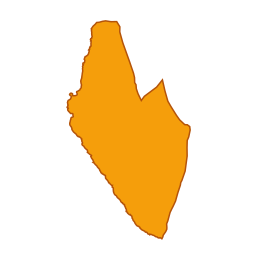 South Ambae, Penama, Vanuatu, rotated 101°
{"feature_id": "77236927B86395134968187", "entity_name": "South Ambae", "entity_type": "district", "adm_level": 2, "iso_a3": "VUT", "parent_name": "Vanuatu", "parent_adm1": "Penama", "projection": "mercator", "projection_center": [167.858, -15.42], "detail": "fine", "context": "isolated", "style": "filled", "palette": "amber", "viewbox_px": 256, "rotation_deg": 101, "n_neighbors": 0, "source": "geoboundaries", "source_scale": "gbopen_adm2", "svg_char_len": 5822}
<svg xmlns="http://www.w3.org/2000/svg" viewBox="0 0 256 256"><g transform="rotate(101 128 128)"><path d="M159.4,63.7L144.2,64.6L136.1,66.3L128.9,67.5L125.2,66.7L118.1,66.6L114.8,67.7L113.5,70.4L113.9,72.9L110.2,78.8L106.4,82.8L98.8,89.9L94.1,94.0L84.6,98.8L74.2,103.4L82.4,107.7L93.8,118.0L98.5,120.2L92.3,124.8L87.9,127.3L84.0,128.4L82.2,130.1L77.3,131.2L73.1,133.1L63.0,138.9L45.3,149.4L35.3,154.4L30.2,155.3L25.7,159.4L26.9,165.0L27.1,170.4L28.2,173.5L29.7,176.4L30.4,178.9L32.6,180.1L34.7,181.7L37.7,183.0L37.9,182.6L38.9,182.4L39.2,182.5L39.7,182.4L40.3,182.1L40.8,181.9L41.3,181.8L42.1,181.7L43.0,181.4L43.4,181.4L44.8,180.7L45.0,180.6L45.6,180.8L46.0,180.9L46.5,180.7L46.7,180.8L46.9,180.9L47.4,181.6L47.7,181.7L48.4,181.8L48.6,181.7L48.9,181.1L49.1,180.9L49.6,181.1L49.6,180.9L49.9,180.7L50.0,180.7L50.6,180.7L51.3,180.5L52.2,180.5L54.2,180.0L54.5,179.9L54.9,180.2L55.0,180.4L55.2,180.7L55.5,180.6L55.8,180.5L56.1,180.8L56.7,181.0L57.5,180.8L58.2,181.2L58.4,180.9L58.5,181.0L58.7,181.3L59.0,181.5L59.2,180.9L59.6,180.8L60.2,180.8L60.8,180.8L61.3,180.9L61.7,180.9L63.1,181.1L63.7,181.3L64.6,181.9L64.8,182.1L65.8,183.1L66.0,183.6L66.4,183.8L66.8,183.7L67.2,183.9L67.7,184.0L68.9,184.1L69.1,183.7L70.1,183.2L71.7,183.3L72.0,183.2L72.5,183.6L72.6,184.3L72.8,184.5L73.1,184.4L73.5,184.6L73.9,184.4L74.1,184.5L74.3,184.4L74.4,183.9L74.9,183.9L75.6,184.3L76.4,184.4L76.8,184.1L77.3,183.9L78.4,184.0L79.9,183.5L81.0,183.3L81.6,183.3L82.4,183.3L83.1,183.3L84.2,183.2L86.3,183.1L88.0,183.0L90.0,183.3L90.9,183.3L91.7,183.1L92.2,182.9L93.3,182.5L94.4,181.9L94.8,181.8L96.0,181.9L96.5,181.7L97.1,181.6L97.7,181.8L98.0,181.9L98.3,182.2L99.2,182.4L100.0,182.7L100.4,183.3L101.2,184.0L101.9,185.1L102.2,185.3L102.7,185.3L103.0,185.1L104.1,184.4L104.4,184.3L104.8,184.3L105.2,184.4L105.8,185.0L106.2,185.6L106.4,186.3L106.8,187.9L106.8,188.3L106.6,188.5L106.0,188.8L105.3,188.8L105.1,188.9L104.9,189.2L104.6,190.0L104.7,190.6L104.9,191.1L105.3,191.4L106.0,191.7L106.5,191.7L107.2,190.8L107.6,189.9L107.8,189.7L108.0,189.6L108.6,189.6L109.4,189.8L110.0,189.9L110.3,189.9L110.7,190.1L111.2,190.7L111.6,191.0L112.1,191.8L112.4,192.0L112.9,192.1L113.3,192.2L114.0,192.2L114.4,192.3L114.8,192.2L115.1,191.9L115.4,191.9L115.9,191.8L116.4,191.4L116.8,191.5L117.3,191.4L117.5,191.1L118.0,191.2L119.0,191.7L119.2,191.8L119.6,191.5L119.7,190.6L119.9,190.4L120.1,190.3L120.7,190.8L121.0,190.8L122.0,190.5L122.5,190.0L123.1,189.4L123.6,188.5L124.2,187.8L124.7,187.1L124.6,186.4L124.4,185.3L124.4,185.2L124.6,184.9L125.3,184.6L126.3,184.4L126.9,184.0L127.2,183.9L127.5,184.0L128.0,184.6L128.3,185.4L128.8,185.8L129.3,185.9L130.3,185.8L131.3,186.0L133.4,186.0L133.9,186.1L134.4,186.1L135.6,185.8L136.2,185.5L136.5,185.3L137.7,183.9L138.4,183.5L138.8,183.2L139.5,182.9L140.3,182.7L142.2,180.8L142.5,180.3L143.2,179.1L143.9,177.8L144.4,177.3L144.9,176.9L145.5,176.2L146.0,175.2L146.0,174.8L145.7,174.6L145.9,174.2L146.1,173.8L146.4,173.0L146.9,172.3L147.3,171.6L147.6,171.3L147.9,171.6L148.0,171.6L149.3,170.8L149.7,170.8L150.3,170.5L151.0,169.9L151.5,169.8L151.8,169.8L152.4,170.2L153.3,169.8L153.7,169.2L153.9,168.9L154.2,168.1L154.5,167.7L155.3,167.1L155.6,166.8L155.9,166.4L157.0,164.7L157.3,164.0L157.5,163.7L157.9,163.5L158.6,163.2L158.9,163.1L159.6,163.3L159.8,163.0L159.9,162.7L160.4,161.7L161.0,160.8L161.1,160.5L161.5,159.7L161.6,159.3L161.8,158.7L162.1,158.5L162.4,158.6L163.0,159.1L163.7,158.6L164.1,158.4L164.5,158.0L164.9,157.6L165.3,157.2L166.0,156.4L166.8,156.0L167.5,155.4L167.9,155.1L168.3,155.2L168.5,155.6L168.6,155.4L168.6,155.0L168.6,154.8L168.8,154.6L170.1,153.1L170.8,151.9L171.2,151.3L172.1,150.6L173.3,149.0L173.8,148.3L174.1,148.0L174.7,147.8L175.2,147.4L176.2,146.5L176.7,146.2L177.3,145.6L177.3,145.3L177.3,145.1L177.8,144.7L178.1,143.9L178.1,143.4L178.5,142.9L178.6,142.6L178.6,142.4L178.6,142.0L178.8,141.7L178.9,141.3L179.0,141.1L179.4,141.1L179.6,141.1L180.1,140.8L180.9,140.6L181.4,140.5L181.7,140.2L182.4,139.5L183.2,138.3L184.0,137.5L184.3,137.1L184.7,136.9L185.2,136.7L185.5,136.5L185.5,136.4L185.4,136.0L185.6,135.6L186.4,134.8L187.4,133.1L187.5,132.7L187.4,132.4L188.0,132.5L188.8,132.2L189.1,132.2L189.2,131.9L189.3,131.4L189.6,131.1L189.9,130.9L190.2,130.9L190.6,130.9L191.7,130.5L191.9,130.5L192.2,130.5L192.7,130.2L193.1,130.2L193.4,130.1L193.7,129.8L194.2,129.7L194.4,129.5L195.5,128.7L196.0,128.1L196.3,127.7L196.6,126.8L196.8,126.4L198.2,125.3L198.5,124.9L198.8,124.2L199.2,123.6L199.8,122.5L200.2,122.1L200.8,121.5L201.3,121.2L201.9,120.7L202.3,120.1L202.5,119.7L202.4,119.2L202.6,119.0L203.2,118.7L203.6,117.9L203.8,116.9L204.1,116.8L204.6,116.8L205.1,116.5L205.3,116.1L207.3,114.9L208.0,114.3L208.3,114.1L209.4,113.7L209.9,114.0L210.3,113.9L210.5,113.6L210.7,113.1L210.8,112.5L211.1,112.3L211.6,112.2L212.8,110.2L212.9,109.6L212.6,109.2L212.8,109.1L213.1,108.8L213.1,108.5L213.4,108.3L213.5,108.1L213.5,107.9L213.6,107.7L213.9,107.4L214.6,107.1L215.1,106.9L215.5,106.9L215.9,106.6L216.0,106.4L216.4,106.0L217.6,105.4L217.9,105.1L218.3,104.5L218.9,103.8L219.1,103.6L219.5,103.4L219.8,103.2L220.6,102.5L221.4,101.6L221.7,101.3L222.0,100.9L222.3,100.4L222.5,99.6L222.5,98.7L223.0,98.2L223.1,97.8L223.2,97.5L223.4,97.3L224.0,97.1L224.0,96.9L224.5,96.4L224.7,95.9L225.1,95.4L225.3,95.0L226.1,92.1L226.2,91.8L226.8,91.2L226.9,90.6L226.7,89.9L226.8,89.6L227.2,89.1L228.0,88.5L228.2,87.9L228.3,87.5L228.1,86.9L228.1,86.7L228.4,86.5L228.7,86.2L228.1,85.8L228.0,85.4L228.1,84.5L228.3,83.9L228.5,83.0L228.5,82.2L228.7,81.6L229.3,80.4L229.4,80.0L229.4,78.6L230.0,77.6L230.1,77.2L229.9,76.5L229.9,75.9L229.6,75.7L229.5,75.4L229.8,74.7L230.2,74.0L230.3,73.6L228.1,73.0L226.6,73.0L222.5,71.2L220.0,70.6L218.1,70.9L214.7,71.8L211.6,71.2L202.9,70.6L198.7,69.5L196.7,68.9L190.7,67.4L186.7,67.1L181.9,66.7L174.2,65.7L171.5,65.8L169.2,65.1L159.4,63.7Z" fill="#f59e0b" stroke="#b45309" stroke-width="1.5"/></g></svg>